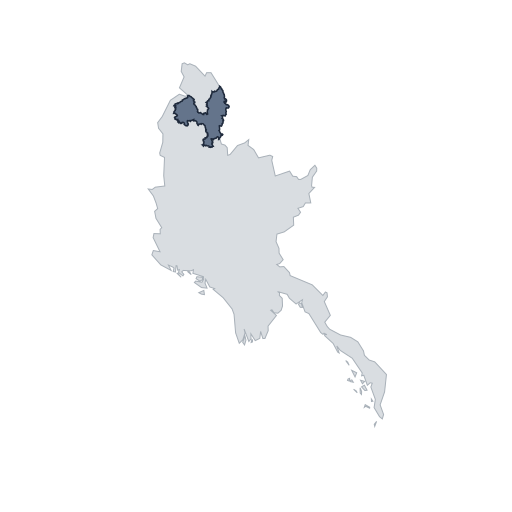 location of Myitkyina, Kachin, Myanmar, rotated 334°
{"feature_id": "60261553B87045265182451", "entity_name": "Myitkyina", "entity_type": "district", "adm_level": 2, "iso_a3": "MMR", "parent_name": "Myanmar", "parent_adm1": "Kachin", "projection": "albers", "projection_center": [97.226, 25.827], "detail": "fine", "context": "in_parent", "style": "filled", "palette": "slate", "viewbox_px": 512, "rotation_deg": 334, "n_neighbors": 0, "source": "geoboundaries", "source_scale": "gbopen_adm2", "svg_char_len": 9576}
<svg xmlns="http://www.w3.org/2000/svg" viewBox="0 0 512 512"><g transform="rotate(334 256 256)"><path d="M328.5,232.3L323.6,230.0L320.1,232.3L314.6,231.5L315.2,236.2L312.1,237.9L306.6,237.5L303.4,244.8L291.9,246.7L284.4,245.5L280.3,251.9L280.0,259.2L278.0,263.6L278.8,271.2L273.9,273.2L270.9,272.7L272.6,276.2L276.4,277.7L278.8,285.6L278.1,288.6L293.9,306.6L298.8,320.8L302.6,318.8L303.7,320.2L302.3,324.0L297.4,326.9L296.8,341.9L288.8,345.6L289.1,350.6L290.1,354.1L297.3,364.0L305.4,370.6L309.9,377.8L311.0,388.4L309.9,392.8L312.1,399.1L316.3,403.2L321.3,419.7L312.0,434.5L302.3,444.2L301.2,454.4L298.1,457.8L296.6,454.6L295.7,444.0L300.4,437.2L301.8,424.1L304.7,421.3L303.1,420.0L299.4,421.0L300.6,410.4L298.4,410.0L300.2,407.7L297.7,390.1L290.3,377.7L289.2,372.3L288.2,379.6L287.3,378.2L287.0,368.4L282.8,357.7L283.2,356.7L285.2,357.7L283.3,355.2L281.9,355.8L280.6,353.2L278.3,330.9L275.6,327.7L276.6,318.1L278.6,315.7L271.0,316.7L267.5,308.6L267.2,304.1L259.8,297.4L261.0,299.5L259.7,301.7L261.0,305.5L257.9,312.6L254.8,315.8L250.6,317.0L247.4,315.0L246.7,311.3L245.4,311.2L248.3,318.4L236.1,324.3L234.2,328.5L227.9,334.0L226.0,333.2L227.1,325.8L223.3,331.7L218.2,331.7L217.3,323.7L215.1,328.3L212.1,329.7L213.3,316.4L212.4,320.3L207.5,325.5L202.7,327.1L204.0,316.1L210.7,298.8L211.3,293.1L208.2,279.1L202.9,267.2L204.5,267.1L200.9,263.6L200.6,254.9L198.3,258.0L197.9,263.4L193.2,260.5L189.0,252.8L190.8,252.1L195.9,255.9L198.8,253.9L199.7,251.5L191.7,243.9L193.8,240.9L191.2,240.9L184.3,237.1L182.3,237.7L183.1,240.9L181.6,241.8L179.1,236.9L181.1,234.6L179.4,234.4L180.7,230.2L180.0,229.6L176.6,235.1L174.8,233.7L177.0,230.9L176.2,229.2L173.3,225.8L173.4,231.8L166.5,222.2L162.9,209.3L166.1,206.1L171.6,210.1L171.6,194.4L174.1,191.1L179.7,194.1L181.4,190.1L183.7,189.2L182.6,178.3L184.5,171.4L188.4,170.3L189.4,164.7L190.1,157.1L188.5,148.5L191.9,150.7L195.7,150.0L204.7,153.1L208.3,143.3L217.0,127.3L214.0,123.5L214.6,121.2L222.1,112.9L225.9,105.4L224.4,98.5L226.1,93.0L232.8,89.6L247.3,78.5L258.0,77.0L262.4,81.4L265.3,81.8L260.9,71.3L269.9,63.5L269.7,57.3L273.9,50.8L276.3,51.0L278.4,54.2L280.8,54.2L284.9,58.9L289.0,72.0L292.0,69.6L295.9,71.5L297.9,90.9L296.9,102.3L294.5,104.9L296.4,109.5L292.6,111.2L290.0,115.7L286.2,116.1L283.6,122.3L279.7,123.3L277.6,128.1L278.1,131.8L275.0,133.9L274.0,140.2L276.7,142.7L277.6,146.0L274.7,153.1L277.2,153.4L287.8,148.6L295.4,149.4L300.5,148.2L297.3,153.1L300.6,159.3L301.3,168.9L312.7,171.5L314.6,173.9L312.1,176.9L308.4,192.5L323.4,194.4L324.0,200.4L327.3,202.5L327.8,205.8L329.8,206.8L337.9,206.4L342.6,202.2L348.7,200.3L349.1,203.7L347.8,206.2L341.2,209.9L336.8,217.1L336.5,218.7L338.7,220.0L330.9,223.0L328.5,232.3ZM193.8,248.7L198.5,251.7L197.6,253.9L194.5,253.9L192.2,250.1L193.8,248.7ZM291.9,400.7L295.3,405.1L292.0,408.1L291.9,400.7ZM192.7,268.1L190.2,266.3L188.5,263.9L194.0,264.1L192.7,268.1ZM296.8,419.6L297.0,425.3L294.9,424.7L293.5,419.9L296.8,419.6ZM210.1,327.2L206.7,330.9L206.2,327.7L211.0,323.1L210.1,327.2ZM275.3,322.6L273.3,321.5L273.0,318.1L274.6,317.1L275.9,318.7L275.3,322.6ZM290.1,426.7L289.6,424.8L291.8,420.1L291.5,424.2L290.1,426.7ZM289.0,437.5L291.9,441.8L291.4,442.6L288.7,439.2L287.0,439.5L289.0,437.5ZM298.7,416.3L295.7,417.5L295.5,413.5L298.7,416.3ZM291.9,457.5L288.0,461.2L288.5,459.1L291.9,457.5ZM178.2,237.5L179.4,242.3L177.3,236.6L178.2,237.5ZM291.9,391.5L291.8,395.1L290.8,389.3L291.9,391.5ZM189.3,241.2L189.6,244.3L187.6,239.9L189.3,241.2ZM288.1,412.1L285.9,410.4L286.6,409.1L287.8,409.4L288.1,412.1ZM286.5,407.0L285.1,409.4L283.7,407.9L284.8,406.9L286.5,407.0ZM286.9,421.2L287.0,423.3L285.3,418.5L286.9,421.2ZM215.2,331.7L213.7,331.6L215.8,329.2L216.0,330.1L215.2,331.7ZM297.4,437.8L296.0,437.4L297.0,435.1L297.4,437.8Z" fill="#d9dde1" stroke="#a8b0b8" stroke-width="1"/><path d="M273.9,135.0L274.8,134.0L275.1,134.0L276.4,133.4L277.4,132.3L278.0,132.7L278.7,132.7L279.4,132.2L279.1,131.5L278.6,131.5L278.0,130.8L278.0,130.0L277.7,129.3L277.9,127.9L277.8,127.0L278.2,127.0L278.9,126.1L280.1,122.9L280.8,123.0L281.6,124.1L282.1,124.0L283.2,123.1L283.6,122.1L284.7,122.0L284.9,121.4L285.3,120.9L285.4,120.1L286.2,120.1L286.4,119.5L286.2,119.2L286.5,118.6L285.8,117.4L286.4,117.1L287.0,116.3L287.0,115.6L286.7,114.9L288.4,115.3L289.6,116.6L290.2,116.0L290.8,115.8L290.9,115.5L291.4,115.5L291.6,114.0L292.5,113.4L292.7,113.0L292.6,112.4L292.9,111.8L292.8,111.4L293.2,110.8L293.7,110.4L293.7,110.2L294.0,109.9L294.6,109.9L294.9,110.3L296.1,110.9L296.6,110.5L296.8,110.5L297.1,109.9L297.4,109.8L297.4,108.8L297.1,108.5L297.0,107.8L296.1,107.0L295.6,107.0L295.3,105.1L295.1,104.8L294.9,104.8L295.0,104.5L294.7,103.8L295.0,103.3L295.3,103.6L295.8,103.2L296.2,103.3L296.5,103.7L296.4,104.3L296.6,104.5L297.6,103.7L297.4,103.0L297.7,102.9L297.9,102.6L297.7,101.8L297.3,101.1L297.0,101.2L296.6,101.1L296.9,99.6L297.8,98.5L297.8,98.1L298.2,97.0L298.0,96.7L298.3,95.5L298.1,95.1L298.2,93.9L298.5,93.6L298.7,93.0L298.7,92.6L298.3,91.6L298.5,91.1L298.2,91.0L298.0,90.6L298.2,90.1L298.3,88.6L298.1,88.1L297.7,87.5L297.4,88.1L296.9,88.5L296.3,88.7L295.6,89.7L295.2,89.7L294.8,89.5L294.2,89.6L293.0,90.5L292.1,90.5L291.6,90.3L291.1,89.7L290.6,90.1L290.5,89.9L289.7,90.0L289.4,89.6L288.9,89.6L288.6,88.8L287.9,90.2L287.3,90.9L286.9,91.1L286.7,91.6L286.3,91.7L286.0,92.2L285.8,92.1L285.7,92.5L285.4,92.6L285.4,92.9L285.2,93.0L284.9,93.6L284.2,93.8L284.1,94.0L283.8,94.1L283.4,94.5L282.3,94.5L281.6,95.8L280.8,95.3L280.1,95.6L279.7,96.4L279.4,96.5L278.9,96.0L278.4,96.1L278.9,97.0L279.0,97.6L278.8,97.8L278.1,98.1L278.4,98.6L278.3,99.3L278.1,99.6L277.7,99.3L277.1,99.5L277.7,100.4L277.5,101.0L278.1,101.6L278.2,102.6L277.9,102.8L277.5,102.8L277.1,103.4L276.4,103.4L275.9,104.5L275.4,104.9L275.1,106.3L275.0,106.5L274.7,106.3L274.4,106.5L274.8,106.9L274.8,107.2L274.4,107.3L274.2,107.0L273.7,107.0L273.8,106.1L273.4,105.1L272.9,105.0L272.7,105.2L271.7,104.8L271.3,105.1L271.2,105.7L271.0,105.9L270.6,105.4L270.3,105.5L270.1,105.2L269.7,104.1L269.1,103.5L269.1,102.8L267.4,102.5L267.2,102.1L267.2,101.8L266.7,101.3L266.9,101.0L266.8,100.3L267.2,100.2L267.6,99.1L267.9,98.7L267.4,98.0L267.7,97.1L267.5,96.1L267.8,95.5L267.5,94.8L267.5,93.8L266.8,92.6L266.8,91.9L266.9,91.6L267.3,91.2L268.0,91.5L268.4,91.1L268.5,90.7L268.0,90.4L268.0,89.5L267.8,89.1L268.0,88.8L268.7,88.7L269.0,88.4L268.8,87.4L268.3,87.1L268.3,86.3L267.9,85.8L267.5,84.4L266.7,83.8L266.7,83.4L266.1,82.3L265.3,82.0L265.2,82.2L264.8,82.2L264.3,83.1L264.0,83.3L264.0,83.6L263.4,83.5L263.0,83.8L262.2,83.4L261.5,83.6L261.2,83.3L260.3,83.3L259.1,83.7L258.2,83.5L257.7,84.3L257.3,84.5L256.3,84.2L255.1,84.4L254.8,84.7L253.9,84.4L253.3,84.4L253.1,84.7L252.6,84.2L252.4,84.7L251.9,84.7L251.5,84.2L250.0,83.9L249.5,84.6L248.4,84.7L248.0,85.0L248.5,85.4L249.4,85.2L249.8,85.7L249.7,85.9L249.3,86.0L249.0,86.3L249.1,87.1L248.8,87.1L248.3,86.8L248.0,87.2L248.4,88.1L248.4,88.7L247.9,89.0L247.6,89.0L247.2,89.8L246.6,89.9L245.5,90.4L245.4,90.8L244.9,91.3L245.2,91.3L245.3,91.6L245.0,92.0L246.0,92.4L246.1,93.3L246.5,93.6L246.7,94.1L246.6,94.3L247.0,94.9L246.9,95.3L246.2,95.6L244.2,95.5L243.5,95.7L243.4,96.2L243.8,96.8L243.4,97.1L243.2,97.6L243.4,97.8L243.9,98.0L244.2,98.7L244.8,98.6L245.1,98.8L244.9,99.0L245.1,99.2L245.5,99.2L245.1,100.1L245.3,100.3L245.2,100.3L245.3,100.5L245.1,100.4L244.8,100.6L244.9,100.8L244.8,101.2L245.0,101.2L245.0,100.9L245.2,101.3L245.4,101.2L245.2,101.3L245.5,101.4L245.4,101.6L245.8,101.4L246.0,102.3L245.7,102.4L245.8,102.6L245.7,102.7L246.4,103.1L246.5,103.4L246.3,103.8L246.5,103.9L246.8,104.0L247.1,103.8L247.4,104.2L247.6,104.1L247.5,103.9L248.2,103.5L248.9,104.0L249.1,103.9L249.7,104.7L249.8,105.4L249.1,106.2L249.3,106.7L250.0,108.1L250.7,108.3L250.9,108.8L251.2,108.9L251.5,108.9L252.5,108.4L252.5,108.0L252.8,107.8L252.7,107.5L253.1,107.2L252.9,106.1L253.2,105.2L253.6,105.0L253.4,104.6L253.6,104.4L253.9,104.6L254.1,104.5L254.3,104.9L254.9,105.0L255.2,105.3L255.4,105.1L255.9,105.3L256.2,106.2L256.8,105.7L257.1,105.9L259.5,106.0L259.0,106.5L259.0,106.8L259.5,106.5L259.8,106.8L259.6,107.2L260.3,107.7L260.6,108.4L260.5,108.6L260.9,108.1L260.6,107.8L260.7,107.7L261.2,108.2L261.6,109.2L261.5,110.1L261.1,110.7L261.0,111.2L261.2,111.8L261.1,112.8L261.3,113.3L262.0,112.9L262.4,112.4L262.7,112.4L263.5,113.0L264.3,112.9L264.6,113.6L265.3,113.2L266.5,114.1L266.9,115.9L267.2,116.1L267.3,116.8L266.8,117.7L266.9,118.2L266.4,120.0L266.7,120.7L266.4,121.1L265.9,121.0L265.5,122.1L265.5,122.6L266.2,123.5L266.4,124.2L265.8,124.5L265.8,125.0L266.2,125.2L266.0,125.8L265.3,126.0L265.2,126.4L265.3,126.6L264.8,126.9L264.9,127.1L265.1,127.1L265.2,126.8L265.4,127.0L265.0,127.3L263.8,127.5L263.7,128.0L262.9,128.0L262.8,127.9L262.4,127.8L262.3,127.5L262.1,127.4L261.5,128.5L260.6,128.3L260.1,127.9L259.6,128.0L259.0,129.2L259.0,129.5L259.3,129.7L259.3,130.4L258.9,131.2L258.4,131.5L258.2,132.4L257.6,132.8L257.2,132.6L257.0,132.9L256.6,132.8L256.9,133.3L256.8,133.8L256.9,134.2L257.3,133.9L258.2,133.8L258.6,134.2L258.7,134.5L258.8,134.4L259.7,134.6L260.2,135.5L261.8,136.4L262.0,137.2L261.6,137.7L262.4,138.0L262.6,138.3L263.2,138.1L263.3,138.4L263.7,138.3L263.8,138.4L263.7,138.6L264.3,138.9L265.0,138.3L265.6,138.6L265.5,137.1L265.3,136.6L265.4,136.1L265.7,136.0L265.8,135.3L266.3,135.5L266.8,135.3L266.8,135.0L267.0,134.7L266.8,134.6L266.9,134.2L267.3,133.5L266.8,133.0L267.2,132.3L266.9,131.1L267.1,131.0L267.4,131.1L267.4,131.4L267.7,131.4L267.9,131.6L268.3,131.7L268.4,132.1L268.7,132.4L268.9,132.3L269.0,132.7L269.7,132.2L270.5,132.2L271.3,132.6L271.9,132.4L272.2,132.6L273.1,132.0L273.6,131.9L274.2,132.5L274.3,133.2L274.0,134.1L273.5,134.9L273.9,135.0Z" fill="#64748b" stroke="#1e293b" stroke-width="1.5"/></g></svg>